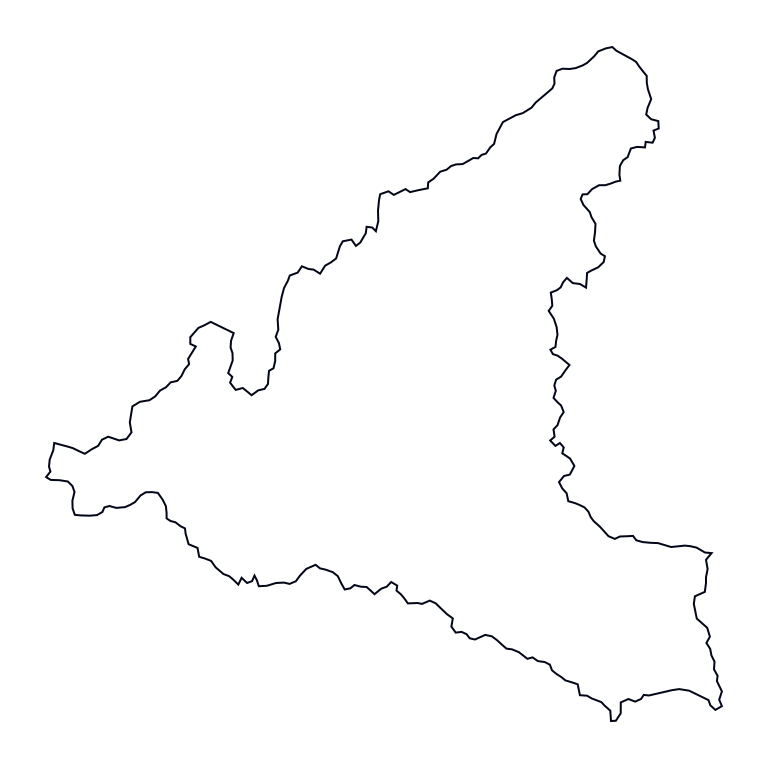 Doutor Ulysses, Paraná, Brazil (Robinson projection)
{"feature_id": "56859067B94205410976610", "entity_name": "Doutor Ulysses", "entity_type": "district", "adm_level": 2, "iso_a3": "BRA", "parent_name": "Brazil", "parent_adm1": "Paraná", "projection": "robinson", "projection_center": [-49.391, -24.607], "detail": "fine", "context": "isolated", "style": "outline", "palette": "ink", "viewbox_px": 768, "rotation_deg": 0, "n_neighbors": 0, "source": "geoboundaries", "source_scale": "gbopen_adm2", "svg_char_len": 4761}
<svg xmlns="http://www.w3.org/2000/svg" viewBox="0 0 768 768"><path d="M646.7,75.9L642.8,71.1L638.9,66.1L636.2,62.0L632.3,59.4L616.3,50.7L612.3,47.0L605.8,48.4L598.2,51.4L594.1,56.4L587.1,62.9L582.7,65.4L575.7,68.1L569.5,69.0L562.4,68.7L556.6,70.9L554.2,77.5L554.5,83.7L552.3,88.4L535.6,102.6L531.6,107.6L522.8,113.1L515.6,115.3L502.9,122.1L496.5,134.1L494.1,143.9L490.5,147.1L485.9,153.6L481.6,154.9L478.1,158.3L473.3,158.0L462.6,164.1L456.1,164.4L451.1,166.0L446.6,169.7L440.2,171.7L433.5,178.8L428.2,182.4L427.8,188.3L418.2,190.2L410.1,192.1L405.5,189.1L393.8,194.9L388.5,191.3L380.2,194.2L379.0,200.2L378.0,210.8L378.3,221.1L375.9,231.2L372.2,227.5L366.6,226.8L365.8,233.2L360.2,242.7L355.9,245.9L351.5,239.6L342.8,241.3L339.9,246.3L336.1,258.5L330.9,262.4L325.1,265.7L320.1,273.7L313.6,269.6L308.5,269.0L301.9,266.3L297.7,272.6L289.8,275.5L287.8,280.9L284.0,288.1L281.7,296.8L277.6,319.2L278.3,329.7L275.7,336.8L279.0,343.3L280.2,349.4L275.2,353.4L275.2,361.1L273.5,368.3L269.0,370.8L268.3,378.4L268.0,383.9L264.5,388.9L258.3,390.3L251.6,395.2L246.6,391.1L242.8,388.0L235.7,389.9L230.1,382.7L232.3,376.9L228.2,373.1L232.7,360.5L232.5,353.1L230.6,347.6L231.0,340.9L233.7,333.1L210.7,321.9L203.7,325.6L198.4,327.9L190.3,337.2L190.3,343.9L195.8,346.5L188.1,358.9L189.1,364.2L184.8,369.2L181.4,376.1L177.3,380.9L170.7,382.3L166.1,387.2L160.0,390.6L155.2,396.4L149.5,400.2L139.9,401.8L132.4,406.4L129.8,422.4L131.5,432.4L126.5,439.0L119.2,440.4L108.2,436.7L102.0,439.7L98.1,445.9L92.0,449.1L84.8,453.8L78.3,450.8L73.0,448.2L68.8,446.9L54.2,443.0L53.3,450.2L49.7,459.6L49.0,466.5L50.4,471.6L46.1,477.1L50.7,479.9L59.5,480.2L67.8,481.5L72.4,486.0L74.5,492.0L72.4,500.7L72.6,508.4L74.8,514.8L80.3,515.4L89.8,515.7L97.0,515.1L102.4,512.0L104.4,507.4L109.4,506.0L116.3,507.9L125.1,507.1L130.1,504.9L135.0,502.1L140.5,495.5L145.7,492.3L151.8,492.1L157.9,492.9L162.6,499.6L165.9,506.2L166.6,513.2L166.6,518.4L170.5,521.0L175.5,522.3L180.5,526.2L185.0,528.4L185.6,533.6L188.6,544.2L197.5,547.9L199.2,556.8L204.6,558.4L211.1,560.9L215.6,567.3L223.4,574.0L229.2,576.2L233.7,580.0L238.3,584.6L241.6,577.8L247.1,583.0L252.1,581.1L254.5,575.6L256.9,580.3L258.8,586.2L266.8,585.8L276.0,583.0L283.9,582.6L289.6,583.9L295.9,581.2L300.0,575.6L306.3,568.9L315.6,564.8L319.9,568.3L325.8,569.7L332.8,572.2L337.8,576.1L341.1,583.0L344.7,589.5L350.4,588.3L354.4,585.0L360.9,586.7L366.6,587.0L371.0,590.9L374.5,594.2L381.2,588.7L386.7,586.7L391.2,582.0L397.2,585.6L396.5,590.6L400.8,594.2L404.1,598.1L407.9,603.4L417.5,603.0L422.0,603.9L429.8,600.6L435.8,603.4L440.3,607.8L447.0,614.2L452.8,618.4L451.4,626.6L455.7,632.6L461.6,631.9L466.6,634.2L469.7,638.3L475.0,639.5L485.2,634.9L491.8,636.3L496.7,639.9L502.3,645.0L506.4,648.6L512.2,649.4L518.9,652.2L527.4,658.8L532.5,657.4L537.9,661.1L544.6,662.0L549.9,664.7L552.0,670.3L556.1,673.7L561.4,677.1L565.4,680.4L572.1,682.4L577.7,684.3L579.9,695.2L587.0,695.7L591.9,698.5L601.3,702.1L604.7,705.7L610.3,710.7L611.0,721.0L615.8,720.8L620.7,713.4L620.8,702.4L628.4,699.0L635.1,701.6L641.0,699.0L643.8,694.9L648.9,695.5L671.8,690.2L679.2,689.1L689.2,690.7L708.5,700.1L710.4,705.4L715.4,709.9L721.9,706.1L719.2,699.7L721.9,691.4L716.9,681.1L717.6,675.8L714.0,669.4L714.5,661.6L711.4,655.3L710.2,648.9L706.4,643.0L709.9,636.7L707.2,627.8L696.8,618.6L693.8,603.9L694.9,596.3L704.8,591.9L706.0,583.0L706.0,577.2L707.6,569.0L706.0,559.8L711.6,553.1L704.9,552.5L696.6,547.6L690.4,546.2L684.8,545.6L679.2,546.2L671.1,547.0L658.0,543.1L650.6,542.8L642.9,542.1L636.3,540.3L633.0,535.9L628.0,536.2L619.9,536.5L614.8,538.9L608.5,536.2L600.0,526.8L593.6,521.0L590.7,517.1L588.5,511.8L584.5,507.4L579.4,504.9L575.0,503.1L568.3,501.2L566.6,493.2L562.3,488.5L559.0,482.1L564.0,476.0L569.8,474.6L574.4,466.0L570.0,458.5L562.3,453.3L563.7,447.4L559.9,443.0L555.4,445.9L550.2,440.5L554.6,436.7L553.5,429.4L557.5,425.2L560.1,417.5L563.7,412.1L561.1,405.5L557.5,402.2L553.5,397.9L555.8,390.8L554.3,385.5L556.1,379.7L561.1,376.6L565.9,369.7L569.5,365.0L561.6,358.4L557.5,355.6L553.0,354.2L550.4,349.7L555.5,346.9L556.1,340.9L557.5,334.7L556.6,327.0L553.8,318.6L548.7,310.9L552.3,305.8L551.8,299.5L550.8,292.6L556.9,290.2L560.7,287.3L563.1,282.3L566.9,277.9L572.8,283.1L580.0,284.0L586.0,287.6L586.7,279.2L587.1,272.9L591.0,270.7L598.2,267.3L603.7,262.0L604.9,256.2L600.6,253.5L595.9,246.5L593.9,240.7L595.0,232.6L595.5,223.8L591.5,217.2L589.8,212.1L583.4,204.9L580.7,199.0L582.6,194.4L587.4,194.2L592.1,189.1L599.1,185.2L605.3,185.2L610.6,183.6L615.8,181.6L620.3,180.7L619.4,174.7L619.9,166.0L623.2,160.2L627.6,157.2L630.9,148.5L636.9,146.9L645.0,147.4L645.7,141.9L652.6,142.7L654.9,137.8L653.5,130.6L658.7,128.5L658.3,121.1L651.1,119.2L646.2,114.5L647.6,107.8L651.2,99.1L647.9,89.2L646.8,82.8L646.7,75.9Z" fill="none" stroke="#020617" stroke-width="2"/></svg>